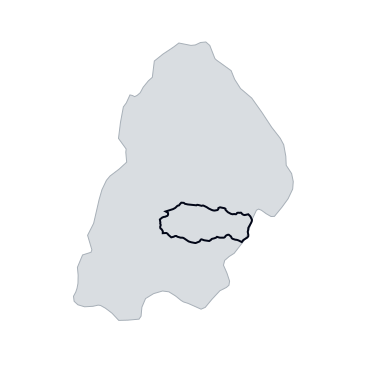 location of Bumthang within Bhutan, rotated 110°
{"feature_id": "BTN-2480", "entity_name": "Bumthang", "entity_type": "District", "adm_level": 1, "iso_a3": "BTN", "parent_name": "Bhutan", "parent_adm1": "", "projection": "equal_earth", "projection_center": [90.682, 27.708], "detail": "medium", "context": "in_parent", "style": "outline", "palette": "ink", "viewbox_px": 384, "rotation_deg": 110, "n_neighbors": 0, "source": "natural_earth", "source_scale": "10m", "svg_char_len": 3209}
<svg xmlns="http://www.w3.org/2000/svg" viewBox="0 0 384 384"><g transform="rotate(110 192 192)"><path d="M298.2,162.3L297.7,165.0L295.3,172.0L293.7,179.6L295.1,185.8L300.6,193.3L308.0,199.2L317.4,199.7L326.1,197.4L329.6,198.3L334.3,208.3L337.7,216.9L333.2,225.8L330.8,233.6L329.9,239.1L330.4,241.5L333.3,246.0L336.6,253.7L337.0,260.7L335.0,265.4L330.5,267.7L325.8,267.0L321.8,267.1L316.9,267.9L309.2,270.5L302.0,273.9L288.6,273.3L283.2,266.3L280.6,266.3L268.4,275.3L255.1,273.7L230.8,276.7L220.7,277.4L210.3,276.4L205.0,274.5L195.2,268.2L186.3,263.6L177.3,267.8L174.1,268.6L166.8,279.4L151.1,283.0L135.5,285.6L130.8,284.2L122.0,283.5L121.7,281.0L122.0,278.5L120.0,276.6L116.4,274.6L110.2,273.7L102.4,271.0L97.8,268.5L81.8,272.2L72.4,266.5L61.8,258.7L56.5,255.3L54.6,243.1L52.7,239.2L48.6,235.1L46.3,230.3L48.2,225.4L58.8,216.1L59.7,214.0L64.6,196.7L71.5,190.5L78.2,181.8L83.3,168.0L93.1,153.8L103.9,139.3L111.3,127.5L116.2,122.0L126.3,116.1L134.7,112.6L140.6,104.7L147.6,100.4L154.8,98.4L165.5,99.4L175.6,102.3L186.7,106.2L188.0,109.3L187.0,115.0L185.4,120.6L185.3,123.6L187.1,125.2L197.9,126.2L211.1,125.3L218.6,126.1L235.2,131.4L240.0,135.1L245.1,137.9L250.0,137.4L256.3,131.4L262.9,126.2L267.0,125.4L269.9,127.0L275.2,132.0L286.1,136.6L295.9,140.1L299.0,143.4L298.0,157.6L298.2,162.3Z" fill="#d9dde1" stroke="#a8b0b8" stroke-width="1"/><path d="M197.7,126.1L199.2,125.8L200.7,125.9L206.4,126.8L208.3,126.3L210.4,126.0L213.0,124.4L214.4,124.0L215.8,124.4L219.5,127.3L222.0,128.1L221.6,131.7L221.6,132.9L221.7,133.8L222.0,135.0L222.1,137.7L221.9,138.6L221.6,139.1L220.8,139.8L220.4,140.3L220.2,140.9L220.0,141.7L219.6,142.7L219.7,143.2L220.0,143.8L221.0,144.9L222.2,145.5L223.2,145.7L223.6,146.0L224.1,146.6L225.4,150.2L225.6,153.2L226.8,153.9L228.1,155.5L228.8,156.6L229.3,157.3L229.7,157.6L230.3,157.7L230.6,157.9L231.5,158.6L232.0,158.8L232.3,159.6L233.2,164.1L233.2,166.8L233.4,167.2L233.9,167.5L235.7,167.9L236.1,168.2L238.6,171.0L238.9,171.8L239.1,173.0L239.5,175.6L239.6,178.3L238.2,183.8L238.1,185.0L238.8,187.1L239.0,189.8L239.0,190.6L238.8,191.2L238.7,191.7L238.9,192.3L239.3,193.0L240.3,193.9L241.7,196.0L240.3,199.6L239.5,200.8L239.4,201.6L239.3,202.1L240.7,205.4L238.9,206.0L238.7,206.2L237.4,207.8L237.1,209.0L236.9,209.3L235.7,210.0L233.7,210.1L232.5,211.1L231.5,211.3L228.8,212.8L226.1,211.2L225.0,209.9L224.6,209.0L222.8,207.0L222.3,206.8L221.4,206.8L220.8,206.9L219.7,207.6L219.3,210.1L214.5,203.9L212.8,202.4L212.1,202.0L210.2,201.1L209.7,200.7L209.3,200.0L209.1,199.7L208.7,199.5L207.8,199.3L205.7,198.4L205.0,196.0L205.5,194.6L205.1,191.6L203.0,183.3L202.3,182.8L202.0,181.4L201.7,178.2L201.1,177.4L200.9,176.9L200.9,176.1L201.2,173.1L201.8,170.6L202.1,167.5L202.1,166.2L201.9,165.1L201.6,164.2L200.3,162.0L199.9,161.7L199.4,161.5L198.9,161.5L198.3,161.7L198.0,161.7L196.8,160.4L196.1,155.8L196.2,155.3L196.4,154.8L196.7,154.8L197.2,154.5L197.7,153.6L198.7,151.4L199.2,148.0L199.1,146.9L199.0,146.2L198.3,144.9L198.0,143.5L197.8,143.0L197.2,142.7L196.2,142.4L196.0,142.2L195.5,141.0L195.3,140.1L194.8,139.2L194.7,138.9L194.7,138.7L195.3,137.7L195.6,137.1L195.8,136.1L195.8,135.3L195.6,134.5L193.7,131.5L195.0,128.8L197.7,126.1Z" fill="none" stroke="#020617" stroke-width="2"/></g></svg>